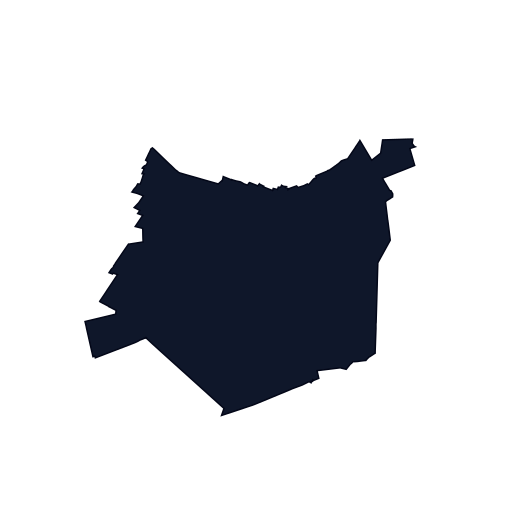 outline of Hilvarenbeek, Noord-Brabant, Netherlands, rotated 339°
{"feature_id": "6326949B90025582046191", "entity_name": "Hilvarenbeek", "entity_type": "district", "adm_level": 2, "iso_a3": "NLD", "parent_name": "Netherlands", "parent_adm1": "Noord-Brabant", "projection": "robinson", "projection_center": [5.159, 51.487], "detail": "fine", "context": "isolated", "style": "filled", "palette": "ink", "viewbox_px": 512, "rotation_deg": 339, "n_neighbors": 0, "source": "geoboundaries", "source_scale": "gbopen_adm2", "svg_char_len": 5447}
<svg xmlns="http://www.w3.org/2000/svg" viewBox="0 0 512 512"><g transform="rotate(339 256 256)"><path d="M69.5,293.5L78.8,293.5L111.5,293.5L112.0,293.5L112.5,293.4L113.8,293.4L114.5,293.3L115.7,293.2L116.7,293.0L117.0,292.9L117.4,292.9L118.0,292.9L118.5,292.9L119.5,292.9L120.2,292.9L120.8,292.9L121.3,292.9L121.7,292.8L122.0,292.7L122.6,292.9L122.7,293.0L122.9,293.0L123.1,293.0L123.1,292.9L123.1,292.7L123.6,292.7L123.8,292.5L124.0,292.6L124.3,292.9L124.5,293.0L124.5,293.3L124.5,293.5L124.3,293.7L124.4,293.8L128.0,301.2L132.6,310.3L152.8,350.0L158.5,361.2L162.4,368.9L171.5,386.8L166.7,392.5L193.0,393.7L193.3,393.7L199.2,394.0L201.7,394.0L218.2,393.6L240.5,393.0L240.5,392.9L240.8,392.9L243.2,392.9L253.0,393.0L260.5,392.3L261.9,394.0L262.0,393.8L262.4,393.7L262.6,393.5L262.6,393.3L262.3,393.0L262.4,392.8L262.7,392.8L263.0,392.9L263.5,393.1L263.8,393.3L264.0,393.2L264.0,392.9L264.2,392.7L264.6,392.7L264.9,392.6L265.0,392.5L265.0,392.2L265.1,392.3L265.1,392.5L265.1,392.8L270.4,392.7L270.8,392.7L271.9,384.9L291.9,389.9L294.6,390.6L296.4,391.9L299.6,394.1L303.8,391.6L305.6,390.6L306.5,390.5L307.5,390.0L308.0,389.7L308.4,389.4L310.8,390.2L313.5,391.0L315.0,391.3L317.8,392.0L319.4,392.4L321.1,392.9L321.5,392.7L322.9,391.9L324.3,391.3L325.1,390.9L326.4,390.7L329.6,390.0L330.8,389.7L332.3,389.5L332.4,389.2L332.5,389.2L333.3,387.2L342.0,366.7L343.6,362.5L344.3,361.1L352.2,342.2L367.3,306.0L386.5,289.8L387.0,289.3L389.7,278.6L390.5,275.3L391.8,270.0L391.9,269.2L392.9,265.4L395.1,256.6L396.0,253.1L396.3,251.9L397.7,251.2L398.8,251.0L402.0,250.4L402.4,250.3L402.5,250.2L404.7,249.8L404.9,249.4L405.1,248.9L405.2,248.1L405.5,248.1L405.9,246.9L405.9,246.7L405.6,245.1L405.5,243.7L404.2,242.5L403.9,240.4L402.9,234.6L402.6,233.2L402.1,229.8L401.9,228.7L402.3,228.7L412.9,228.6L418.3,228.5L423.6,228.5L436.6,228.3L438.1,210.8L443.8,211.1L443.0,210.2L442.1,206.9L442.5,206.2L442.7,205.8L443.1,205.1L443.4,204.7L444.3,203.1L442.6,202.4L438.1,200.8L423.5,195.7L415.8,193.0L413.7,196.8L412.6,198.7L409.2,204.7L398.3,208.1L394.7,187.1L394.4,185.4L394.0,185.8L393.6,186.0L392.9,186.5L390.1,188.5L388.6,189.5L386.5,191.1L385.3,191.9L376.4,198.1L373.8,197.9L372.5,197.8L371.1,197.8L369.8,197.8L369.5,197.9L368.4,198.4L366.2,199.3L364.9,199.6L364.2,199.8L363.9,199.9L363.4,200.1L361.5,200.5L360.2,200.9L357.4,201.6L356.5,201.8L356.4,201.8L355.6,202.1L355.3,202.1L354.6,202.3L354.3,202.0L354.2,201.9L353.5,202.0L353.3,202.1L353.0,202.2L352.7,202.3L341.6,202.6L340.4,202.8L340.4,203.6L340.4,204.4L340.2,204.8L339.7,204.8L338.8,204.5L338.7,204.5L338.3,204.5L337.8,204.6L337.4,204.8L336.6,205.1L335.3,205.8L335.2,205.9L335.1,206.0L330.7,208.3L329.8,207.1L326.6,207.4L326.2,207.5L319.8,207.1L319.0,205.1L311.1,204.9L311.0,205.2L311.0,205.3L310.2,205.6L309.5,205.5L309.6,205.3L309.9,205.2L310.0,205.0L309.7,204.7L309.8,204.2L307.9,202.7L308.4,202.3L308.7,202.1L309.0,202.0L306.7,200.8L305.4,199.4L305.2,199.1L304.7,199.6L303.6,200.7L301.5,199.7L299.9,201.6L296.3,199.1L296.2,199.2L296.1,199.3L296.0,199.5L296.0,199.8L295.9,199.8L295.6,200.0L295.4,200.3L295.4,200.5L295.1,200.8L294.9,200.8L294.9,200.7L291.3,197.5L287.5,194.0L287.9,193.8L288.2,193.6L287.9,193.3L286.2,191.4L285.0,190.0L284.9,190.0L284.9,189.9L284.7,190.0L282.5,191.3L282.1,190.7L281.8,190.2L281.4,189.8L276.4,185.2L276.2,185.1L275.8,185.3L275.7,185.3L275.1,185.7L273.5,186.8L273.3,186.6L273.2,186.6L270.8,184.5L270.4,184.1L269.4,182.8L268.3,181.5L268.0,181.2L267.7,181.0L267.5,180.8L267.3,180.7L264.8,179.1L264.3,178.8L260.8,176.1L260.7,176.0L260.5,176.3L260.3,176.1L260.1,176.0L260.1,175.9L258.3,174.2L256.1,172.2L255.6,171.7L255.1,171.3L254.3,170.5L253.9,170.1L252.5,172.2L251.5,173.6L251.3,173.4L246.6,175.2L235.4,166.8L229.2,162.1L219.7,155.0L215.4,151.7L214.6,151.1L214.1,150.6L213.3,149.7L213.3,149.2L212.6,148.1L211.7,146.8L210.6,144.4L208.8,140.5L208.4,139.8L206.8,136.4L203.9,130.2L199.6,120.9L199.1,119.9L198.6,118.9L198.4,118.7L198.0,117.9L196.7,118.3L196.4,118.3L196.2,118.5L195.0,119.7L194.0,120.7L192.4,122.1L190.9,123.6L188.9,125.5L187.3,127.0L188.3,128.4L188.5,128.7L188.5,129.1L188.4,129.4L188.3,129.7L186.3,131.7L186.0,131.7L184.9,131.8L184.4,131.9L183.5,132.1L183.0,132.3L182.5,132.5L182.0,132.8L181.3,133.2L182.8,134.4L182.3,134.9L181.9,135.4L181.4,136.0L180.0,137.4L179.1,138.3L180.9,139.3L179.5,140.3L177.9,142.4L177.5,142.9L176.4,144.2L175.7,145.2L175.3,145.6L174.7,146.2L174.3,146.5L174.0,146.9L173.7,147.2L173.5,147.4L172.3,146.7L171.4,146.3L169.5,147.9L169.3,148.1L169.2,148.1L168.6,148.5L168.2,148.7L167.8,148.9L167.1,149.3L166.9,149.3L166.4,149.6L166.1,149.8L165.4,150.2L164.8,150.6L164.7,150.8L164.1,151.2L163.7,151.5L163.4,151.7L163.1,151.8L163.3,152.0L164.9,153.1L166.3,154.1L166.8,154.5L167.5,155.0L168.5,155.9L169.4,156.7L170.3,157.5L172.4,159.5L165.7,164.2L159.6,167.1L163.9,171.8L160.7,174.0L164.8,177.5L153.8,185.2L160.1,189.6L159.5,191.5L157.0,198.4L155.8,201.9L155.6,202.4L141.7,199.4L141.3,199.3L141.2,199.2L133.9,204.2L126.0,209.7L122.2,212.3L122.0,212.6L120.1,213.9L119.5,214.3L119.3,214.5L119.0,215.2L118.5,215.5L117.7,215.9L116.9,216.1L115.8,216.9L115.7,216.8L112.8,218.9L115.6,221.4L116.5,220.8L120.1,223.8L118.0,225.2L109.7,231.1L104.7,234.6L104.5,234.8L101.0,237.3L93.3,242.7L93.7,242.5L96.4,245.6L96.9,246.1L98.1,247.5L99.5,249.1L100.9,250.7L100.7,250.8L105.9,256.6L104.5,259.4L104.2,260.0L97.8,259.2L85.7,257.6L72.9,255.9L72.2,261.1L71.9,262.7L67.7,291.6L69.7,291.8L69.5,293.5Z" fill="#0f172a" stroke="#020617" stroke-width="1.5"/></g></svg>